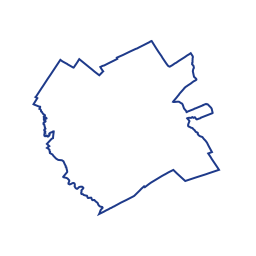 outline of Morteni, Dâmbovita, Romania, rotated 191°
{"feature_id": "2599482B842172523344", "entity_name": "Morteni", "entity_type": "district", "adm_level": 2, "iso_a3": "ROU", "parent_name": "Romania", "parent_adm1": "Dâmbovita", "projection": "natural_earth1", "projection_center": [25.227, 44.65], "detail": "fine", "context": "isolated", "style": "outline", "palette": "blue", "viewbox_px": 256, "rotation_deg": 191, "n_neighbors": 0, "source": "geoboundaries", "source_scale": "gbopen_adm2", "svg_char_len": 5708}
<svg xmlns="http://www.w3.org/2000/svg" viewBox="0 0 256 256"><g transform="rotate(191 128 128)"><path d="M76.3,157.5L76.7,157.8L76.9,158.2L77.7,159.5L78.3,160.6L78.7,161.2L79.1,161.8L79.7,162.3L80.3,162.4L80.8,162.6L83.0,163.5L83.9,163.4L87.8,162.3L88.3,162.2L88.8,162.3L88.7,162.6L86.2,167.0L84.8,169.7L84.5,170.1L84.1,171.2L83.5,172.3L80.6,177.2L80.6,177.3L80.2,178.1L79.7,178.6L79.7,178.8L78.7,179.9L78.2,180.3L77.7,180.9L74.9,183.6L73.0,185.8L71.8,186.9L71.1,187.4L70.5,187.9L70.1,188.5L70.2,188.9L70.4,189.2L71.2,189.8L73.0,190.9L75.2,196.1L75.2,198.2L75.1,198.6L74.8,199.5L74.9,199.9L75.5,201.4L77.2,202.8L77.1,203.3L77.5,204.0L77.4,204.3L77.2,204.6L77.2,205.1L77.5,206.2L77.7,207.8L77.9,208.8L77.8,209.4L77.9,210.1L78.1,210.7L80.7,213.4L82.3,211.8L83.7,210.6L85.9,208.3L91.0,203.5L93.2,201.2L94.4,200.3L96.5,198.1L98.6,196.3L98.7,196.2L99.2,196.2L100.6,196.7L102.8,198.7L107.6,203.5L108.8,204.9L112.5,208.5L115.5,211.6L121.2,217.7L121.4,217.9L122.3,217.4L123.3,216.4L132.7,209.1L134.4,207.7L135.4,207.2L140.8,203.3L146.9,198.7L152.4,194.9L151.7,193.8L154.8,191.4L159.4,187.9L163.1,185.0L163.5,184.7L164.1,184.5L165.0,184.0L166.8,182.6L165.5,181.1L164.3,179.9L163.3,179.0L163.2,178.9L163.3,178.8L163.9,177.8L166.2,174.3L166.9,174.6L171.7,177.0L174.5,178.6L177.6,180.2L178.5,180.7L189.0,186.3L189.8,184.3L189.8,184.1L190.1,183.4L191.2,180.7L191.5,180.3L191.5,180.0L192.6,177.5L192.9,176.9L193.0,176.9L193.3,176.9L199.5,179.0L199.9,179.3L200.4,179.4L205.1,180.9L207.4,182.0L214.4,165.1L216.1,161.2L219.6,152.6L220.3,151.0L224.4,140.9L224.6,140.7L222.7,140.0L225.3,133.3L224.3,133.0L223.0,132.8L219.6,132.1L218.3,132.1L218.2,131.8L218.6,129.9L217.9,129.8L217.5,129.5L217.0,129.1L216.7,128.7L216.6,127.9L216.3,127.6L216.0,127.4L215.5,127.3L215.3,127.1L214.9,126.5L214.4,126.0L213.8,125.5L212.4,125.0L212.0,124.7L211.9,124.4L212.0,124.2L212.9,123.0L212.9,122.8L212.6,122.4L212.1,122.5L211.5,122.8L210.8,122.6L209.9,122.1L209.8,121.8L209.9,121.7L210.1,121.6L210.5,121.3L211.2,121.1L211.4,121.3L211.8,121.3L212.3,121.1L212.4,120.8L212.3,120.5L211.8,119.6L211.4,119.2L210.6,119.3L210.3,119.1L210.2,118.8L210.3,118.5L210.5,118.3L211.7,117.3L211.8,117.1L211.9,116.8L211.8,116.1L211.6,115.6L211.1,115.6L210.9,115.5L210.6,114.7L210.4,114.3L210.3,114.0L210.0,113.5L209.9,113.0L209.6,112.7L209.5,112.4L209.0,111.6L208.9,111.5L209.0,111.3L209.8,110.6L209.8,110.3L209.8,110.0L209.7,109.5L209.4,109.2L208.7,109.1L208.5,108.7L208.9,108.5L209.0,107.6L208.9,107.5L208.5,107.3L208.4,107.2L208.8,106.9L208.9,106.7L208.7,105.9L208.7,105.7L208.9,105.3L208.8,105.0L208.5,104.4L207.8,104.1L207.3,104.3L206.7,105.0L206.2,104.9L206.0,105.0L205.8,104.9L205.8,104.6L205.4,104.6L205.3,104.3L205.2,104.3L204.9,104.3L204.1,105.2L203.7,106.2L203.7,106.6L203.9,106.7L204.0,106.8L203.9,107.0L204.2,107.2L204.1,107.5L204.0,107.8L203.6,108.2L203.3,108.6L202.9,108.8L202.2,109.2L201.6,109.4L201.5,109.5L201.5,109.8L201.2,110.1L200.9,110.3L200.3,110.5L200.2,110.3L200.0,106.7L199.7,103.7L200.9,102.8L204.6,96.9L201.8,95.2L203.7,93.0L202.6,92.6L202.1,92.4L200.9,91.6L200.8,90.9L200.8,90.6L200.0,89.9L200.0,89.7L200.1,88.9L200.0,88.7L199.9,88.5L197.1,87.6L196.1,86.6L195.3,86.0L192.7,84.2L190.8,83.5L190.5,83.4L189.8,83.4L186.9,83.7L186.7,83.7L185.0,83.0L182.9,80.0L182.0,79.1L181.7,77.9L181.0,77.6L181.0,77.4L180.1,75.4L179.8,74.9L179.5,74.0L179.3,73.4L179.3,73.2L179.5,72.8L182.3,67.7L182.2,67.5L182.0,67.4L181.3,67.3L179.3,67.3L178.4,67.1L177.7,66.9L175.7,65.4L175.6,65.1L175.5,64.4L175.9,62.9L175.9,62.4L175.8,61.9L175.6,61.8L175.3,61.7L174.6,61.5L173.7,61.9L172.9,62.5L172.3,63.0L171.4,63.6L170.5,63.6L170.2,63.4L169.9,63.3L169.6,62.7L169.3,62.0L169.3,61.3L169.3,60.6L169.1,60.3L168.1,59.2L167.7,58.9L166.8,58.6L166.3,58.6L165.9,59.0L164.7,60.7L163.5,61.3L162.5,61.4L162.2,61.6L161.9,61.6L161.0,61.2L160.4,60.7L160.4,60.2L161.6,58.3L161.8,57.8L161.7,57.4L161.5,56.7L161.4,56.4L161.6,55.9L161.6,55.5L161.5,55.0L161.2,54.5L161.0,54.3L159.8,54.4L159.6,54.4L158.7,53.8L156.2,53.6L155.5,53.7L155.2,53.5L154.4,52.0L154.0,51.7L153.6,51.7L152.0,52.3L150.9,52.6L150.7,52.5L150.3,51.7L149.5,50.6L148.8,50.4L148.5,50.5L147.7,50.9L147.3,50.9L145.8,49.8L144.0,48.9L143.6,48.7L143.1,48.0L142.6,47.1L142.0,46.6L141.0,45.8L140.0,45.6L138.2,45.5L138.0,45.3L137.8,45.0L137.7,44.8L139.1,42.4L139.3,41.6L139.7,38.8L139.9,38.1L135.9,41.1L133.8,42.9L131.5,44.6L130.1,45.9L129.3,46.3L127.1,48.2L126.3,48.6L125.6,49.4L125.0,49.8L120.7,53.4L115.9,57.0L109.7,61.9L108.9,62.6L104.7,68.7L103.3,70.9L101.1,73.8L100.5,73.3L100.2,73.1L96.7,77.0L95.0,78.8L92.1,81.4L85.5,87.4L83.0,89.5L82.9,89.5L79.8,92.2L75.5,95.5L71.4,92.8L61.7,86.9L52.3,92.2L42.6,97.5L40.4,98.8L36.7,100.9L30.7,104.3L32.4,106.1L39.9,113.6L41.5,115.4L44.4,118.3L41.0,120.4L44.0,124.0L45.8,126.2L47.3,128.2L47.8,128.8L49.7,130.5L51.2,131.5L52.7,132.8L53.2,133.3L53.7,133.4L55.2,133.6L56.1,133.8L57.3,134.4L57.8,134.8L58.4,135.4L58.5,135.7L58.4,136.0L58.4,136.3L58.6,136.5L58.9,136.7L59.8,137.0L60.3,137.0L60.8,137.2L61.5,137.8L61.8,138.2L62.1,138.5L63.6,139.3L64.5,140.1L65.1,140.3L65.7,140.3L66.6,140.4L67.5,140.8L68.3,141.0L68.8,141.0L69.1,141.2L69.4,141.6L69.6,142.5L69.5,143.7L69.0,146.5L70.0,147.5L70.5,147.8L71.0,148.3L71.6,148.6L71.8,148.8L71.6,149.0L71.1,149.2L70.3,149.6L69.5,149.8L68.5,149.9L68.0,150.0L67.2,150.5L67.1,150.9L66.9,151.0L65.6,150.5L65.3,150.7L64.5,151.3L64.4,151.3L63.8,150.8L62.6,149.7L62.3,149.6L62.0,149.6L61.5,149.9L60.2,150.7L58.9,151.4L58.6,151.7L58.5,152.0L47.9,158.7L47.8,159.0L49.5,162.8L49.8,163.2L50.4,163.8L54.2,166.4L54.7,166.5L55.5,166.3L56.0,166.5L58.4,165.0L58.6,164.9L58.6,164.7L65.4,160.2L66.4,159.7L67.1,159.0L72.8,155.4L73.4,154.7L73.5,154.7L74.0,155.6L74.3,155.9L75.3,156.7L76.0,157.3L76.3,157.5Z" fill="none" stroke="#1e3a8a" stroke-width="2"/></g></svg>